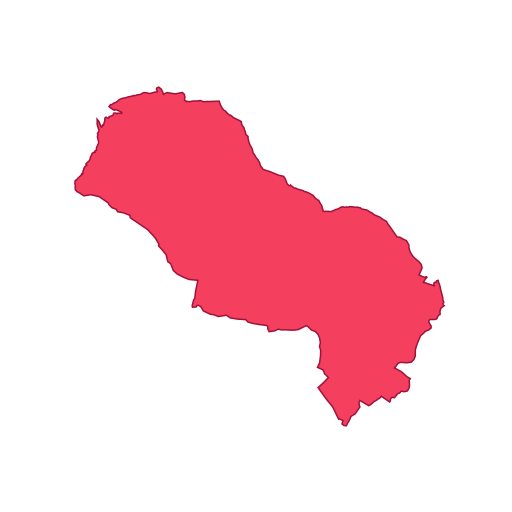 the district of Teliu, Brasov, Romania, rotated 196°
{"feature_id": "2599482B6146472281310", "entity_name": "Teliu", "entity_type": "district", "adm_level": 2, "iso_a3": "ROU", "parent_name": "Romania", "parent_adm1": "Brasov", "projection": "albers", "projection_center": [25.905, 45.691], "detail": "fine", "context": "isolated", "style": "filled", "palette": "rose", "viewbox_px": 512, "rotation_deg": 196, "n_neighbors": 0, "source": "geoboundaries", "source_scale": "gbopen_adm2", "svg_char_len": 6053}
<svg xmlns="http://www.w3.org/2000/svg" viewBox="0 0 512 512"><g transform="rotate(196 256 256)"><path d="M396.0,391.5L397.5,390.4L397.8,389.8L397.7,389.1L397.5,388.6L396.3,387.2L396.2,386.9L396.4,386.6L397.0,386.1L398.6,385.6L402.8,382.9L406.6,382.7L408.8,382.2L409.9,381.4L411.2,379.9L411.9,379.3L414.7,378.1L416.7,376.7L418.0,376.5L419.1,375.6L422.6,373.8L425.7,371.7L427.3,371.1L429.8,369.3L430.7,368.4L431.8,366.6L432.8,365.4L433.8,364.4L434.7,363.9L436.5,361.7L437.7,361.4L437.8,361.2L437.8,360.6L438.5,359.1L437.2,358.6L436.7,358.2L436.4,358.3L435.4,358.0L434.4,357.4L433.6,357.3L433.0,357.6L432.6,357.1L432.3,357.0L431.3,357.9L430.0,358.0L425.6,357.3L424.5,357.0L424.6,356.0L425.2,356.2L425.7,355.7L428.0,355.4L428.6,354.9L428.7,354.5L429.1,354.4L429.6,354.7L430.6,354.7L432.2,354.1L432.4,351.5L435.6,349.5L435.2,348.8L435.6,348.2L436.2,347.6L438.4,348.1L438.9,347.7L439.2,347.1L439.1,346.3L439.0,345.3L438.6,344.1L438.8,342.2L438.5,341.1L439.4,339.8L438.8,339.5L439.0,339.2L439.6,339.1L439.8,338.5L439.7,338.0L439.8,337.4L440.5,337.6L441.2,338.2L442.7,340.3L444.4,342.3L446.4,343.6L445.8,341.9L445.1,339.1L443.8,336.7L441.6,333.7L441.5,332.6L442.2,330.0L441.4,328.9L441.4,327.3L441.2,326.6L438.6,322.0L438.5,320.8L438.8,318.3L439.1,317.1L439.1,315.7L439.0,314.9L438.4,313.7L439.2,313.2L439.6,312.6L440.0,312.1L439.3,311.4L441.0,310.4L441.8,309.6L441.9,307.9L442.4,305.3L442.2,303.4L442.5,301.9L443.0,300.8L444.1,299.2L444.6,297.9L444.9,297.5L443.7,296.6L444.8,295.2L445.3,294.2L445.3,293.1L445.6,292.9L445.4,292.3L445.7,289.9L445.2,287.5L445.2,286.7L445.5,286.5L446.3,286.8L446.3,285.5L446.4,285.3L447.8,283.2L448.2,282.3L449.0,281.1L449.4,279.7L450.3,279.1L450.6,278.6L450.2,276.3L449.9,275.3L449.0,274.0L449.0,273.3L448.6,271.6L447.9,269.8L445.7,268.5L443.1,268.0L438.0,266.4L431.6,269.4L423.1,269.8L412.9,266.4L411.3,264.7L407.7,262.7L403.3,262.4L401.2,260.4L394.9,261.0L388.5,260.3L387.4,258.1L367.4,251.5L363.6,249.1L360.6,247.4L357.4,245.2L352.4,240.4L352.6,239.2L352.0,238.5L348.1,236.2L342.7,232.4L339.3,226.3L335.8,225.0L331.5,219.3L326.9,217.0L319.3,215.5L313.8,215.0L305.2,216.6L304.3,205.0L303.2,198.6L303.8,196.5L303.7,190.8L303.0,189.3L299.6,190.4L298.8,192.4L297.5,192.7L295.3,192.2L291.5,188.7L283.8,187.4L281.0,187.9L275.3,187.5L268.2,190.9L263.7,189.4L256.6,190.2L248.3,192.0L245.6,190.3L240.9,190.3L234.7,190.9L226.7,192.2L225.3,191.5L224.6,189.2L222.5,186.9L217.2,189.3L214.8,191.7L211.0,192.0L208.0,193.0L201.9,194.4L198.5,195.4L195.0,197.0L188.6,202.8L186.8,202.6L182.4,200.1L178.1,199.8L174.6,197.6L172.3,194.8L170.2,190.3L170.0,186.6L167.7,182.9L166.5,177.9L165.4,170.9L166.2,165.9L160.5,165.1L158.8,163.4L157.7,161.8L152.9,159.1L156.1,153.1L160.1,146.6L149.2,138.0L140.6,132.0L131.6,121.9L131.2,122.4L127.0,121.8L127.1,118.3L124.8,117.3L122.3,117.7L122.0,120.1L121.2,123.1L120.6,126.0L120.6,127.9L117.2,131.5L114.5,139.5L115.7,141.3L116.6,143.6L116.3,145.8L106.4,143.2L104.7,144.9L103.3,147.0L102.4,148.8L101.3,149.6L100.2,150.8L99.6,151.7L98.2,153.1L97.3,154.5L96.9,155.7L87.3,152.5L86.9,153.5L87.2,155.0L87.2,156.1L86.8,156.9L86.1,157.7L83.9,157.9L83.5,158.6L83.1,159.8L82.5,160.9L82.4,161.7L81.3,163.2L80.2,163.9L79.7,164.7L79.4,165.7L79.1,166.1L78.6,166.2L76.9,166.2L75.9,166.5L73.5,167.8L73.1,168.5L72.8,169.9L72.6,170.6L72.5,172.6L72.9,174.4L74.5,178.9L73.9,180.7L77.5,181.5L84.2,184.8L92.0,186.6L90.9,189.0L90.1,191.8L87.7,193.6L81.7,194.9L77.5,196.7L75.7,200.1L75.3,203.6L76.9,209.6L77.0,213.8L76.7,217.7L75.8,224.7L73.7,227.9L72.4,230.3L69.3,232.8L67.8,235.1L68.5,237.2L70.0,238.4L71.8,240.4L71.9,241.7L71.4,242.9L67.0,244.1L65.1,245.2L64.7,246.4L64.6,247.9L64.2,249.1L63.8,249.9L63.1,250.3L62.9,251.0L63.5,252.2L63.9,253.5L63.9,256.8L61.4,260.1L62.5,260.5L63.2,261.2L63.3,261.7L62.7,262.9L62.8,263.4L64.1,265.2L65.3,268.0L69.5,275.1L70.5,277.1L71.9,279.4L73.3,281.1L74.1,282.8L74.5,282.7L75.6,281.8L75.6,281.0L75.7,280.2L76.7,280.0L77.1,279.8L77.3,279.4L77.5,279.0L77.4,278.5L77.3,278.0L76.7,277.1L76.5,276.5L87.8,276.9L86.8,280.6L86.2,281.9L85.8,282.4L85.9,282.8L86.5,283.0L86.8,282.9L88.0,282.0L90.4,282.1L94.1,282.8L93.4,287.3L93.1,289.8L93.2,290.6L94.4,292.7L95.1,293.6L97.5,295.3L103.1,297.8L105.3,299.2L106.8,300.4L109.5,303.1L109.9,304.0L110.4,304.6L111.1,305.9L111.6,307.0L111.8,308.1L112.1,308.7L114.7,311.4L115.8,312.3L119.3,312.8L122.8,313.7L125.7,313.2L135.3,321.1L137.6,322.8L139.3,324.3L140.0,325.2L144.8,326.4L146.9,327.3L149.0,327.7L152.6,328.0L153.6,328.2L156.3,329.3L159.6,330.0L161.2,330.6L162.1,330.7L166.0,330.5L166.6,330.3L168.0,330.5L168.9,331.1L170.8,330.9L171.9,331.0L172.8,330.5L178.3,329.6L179.7,329.2L180.2,328.5L180.5,328.4L182.4,328.2L183.8,327.3L185.4,327.3L186.9,326.9L188.5,325.8L189.2,324.7L190.3,323.8L192.8,322.2L194.0,321.0L196.4,319.2L198.2,319.0L203.9,317.4L204.1,317.8L204.4,318.9L204.7,319.5L205.3,319.7L205.5,320.4L206.1,321.7L207.1,322.9L209.2,324.8L209.5,325.0L210.3,326.0L211.1,326.8L212.4,327.0L214.5,327.7L217.8,330.0L218.6,330.1L222.4,331.1L224.9,331.4L227.4,331.4L228.7,331.8L234.9,331.8L236.4,332.2L237.0,332.1L237.1,331.9L238.0,331.9L240.8,333.0L242.2,333.4L242.3,333.6L242.5,333.1L243.0,332.8L244.2,333.0L245.9,333.9L248.6,337.6L250.3,339.4L251.9,340.2L256.5,339.9L266.2,341.0L271.8,341.1L272.9,341.3L274.0,341.9L274.8,342.8L275.8,343.2L277.8,345.7L278.2,346.8L279.1,347.5L280.5,349.0L282.5,350.2L285.5,353.1L287.2,354.3L288.4,356.6L290.0,358.9L292.1,360.8L294.0,363.2L296.0,366.8L296.3,367.5L296.5,368.5L297.0,369.0L299.4,370.0L300.1,371.9L300.7,372.8L301.6,373.7L302.2,374.6L302.6,375.5L303.2,376.2L305.7,378.2L306.7,379.9L307.1,381.1L308.9,381.6L315.8,382.8L317.5,383.7L318.9,384.2L319.5,384.3L319.6,384.0L319.9,384.0L322.5,385.1L325.3,386.9L327.3,387.4L329.4,389.0L331.2,390.8L332.5,392.4L334.0,394.7L344.9,391.2L345.1,391.3L347.7,390.2L349.9,389.8L352.2,390.2L355.7,388.6L358.2,388.0L362.9,385.9L365.3,385.7L365.9,385.2L366.2,385.6L367.5,386.0L367.9,387.2L368.1,389.1L369.5,391.7L371.8,392.9L378.3,389.6L386.8,388.5L389.5,385.9L391.0,388.1L391.7,388.7L392.7,390.0L393.7,390.6L396.0,391.5Z" fill="#f43f5e" stroke="#9f1239" stroke-width="1.5"/></g></svg>